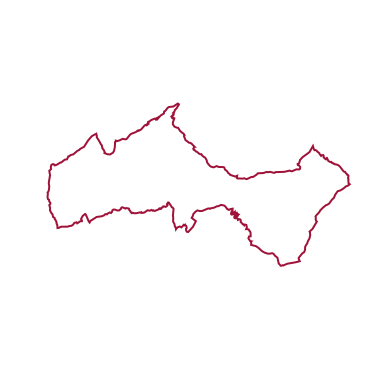 outline of Moieciu, Brasov, Romania, rotated 308°
{"feature_id": "2599482B36660136549746", "entity_name": "Moieciu", "entity_type": "district", "adm_level": 2, "iso_a3": "ROU", "parent_name": "Romania", "parent_adm1": "Brasov", "projection": "equal_earth", "projection_center": [25.317, 45.469], "detail": "fine", "context": "isolated", "style": "outline", "palette": "rose", "viewbox_px": 384, "rotation_deg": 308, "n_neighbors": 0, "source": "geoboundaries", "source_scale": "gbopen_adm2", "svg_char_len": 6082}
<svg xmlns="http://www.w3.org/2000/svg" viewBox="0 0 384 384"><g transform="rotate(308 192 192)"><path d="M203.8,319.5L205.2,317.0L206.0,316.6L211.6,316.7L213.7,317.4L216.0,316.7L218.3,315.0L220.6,314.5L222.3,314.5L224.2,313.7L227.9,313.1L230.9,311.6L232.8,309.8L233.2,309.0L236.9,309.7L245.6,308.6L245.8,307.3L246.7,306.2L247.9,305.5L248.7,304.4L249.8,304.3L254.3,304.7L256.7,304.4L260.8,304.9L264.4,305.8L265.5,306.6L267.5,307.2L272.0,307.0L274.9,307.4L278.1,306.5L282.3,306.3L284.5,307.9L288.0,309.2L291.1,309.8L293.3,311.1L295.2,311.5L295.1,310.2L297.5,307.9L298.2,307.7L298.6,306.9L299.2,306.6L299.3,306.2L301.1,305.4L301.4,304.3L301.1,303.5L301.6,302.7L301.5,301.7L302.1,300.3L301.6,298.9L301.7,298.2L303.1,292.9L303.2,290.9L302.6,288.8L301.8,287.5L301.9,286.8L301.5,286.4L301.6,285.4L301.1,284.8L301.5,283.3L300.8,282.8L300.4,280.4L301.9,277.4L301.6,277.2L300.4,277.7L300.1,277.2L300.3,274.5L301.4,273.7L301.9,272.8L301.1,272.1L301.1,271.7L299.9,271.5L300.6,268.9L301.0,268.3L301.0,265.7L301.3,264.7L301.1,263.5L300.4,262.9L300.4,262.5L300.8,261.6L302.7,259.0L295.6,260.0L287.6,257.7L283.8,257.4L281.2,258.5L280.2,258.6L279.1,258.0L278.4,258.8L278.8,259.7L278.4,261.7L277.6,262.5L276.6,262.8L275.9,262.7L274.0,260.3L270.2,258.2L269.4,257.4L269.0,255.8L264.7,252.3L259.1,245.6L257.7,245.1L255.9,241.0L254.5,239.9L253.7,238.4L250.9,236.6L247.3,232.4L245.5,232.2L241.7,231.0L240.3,229.5L235.8,227.2L234.9,224.6L233.9,223.9L230.7,219.5L230.6,218.8L232.6,217.6L230.8,216.6L229.0,211.5L229.4,210.5L229.2,208.9L230.0,207.0L230.0,204.2L231.2,202.3L230.9,201.3L228.2,197.7L227.6,195.5L224.7,193.8L223.7,191.5L223.6,190.0L224.2,186.9L224.9,185.3L226.0,184.1L227.2,181.2L226.9,179.3L227.1,177.1L227.6,176.2L227.0,175.5L226.6,174.3L226.7,171.1L226.3,169.9L226.7,168.1L226.3,167.5L226.8,166.4L227.7,166.4L228.8,165.7L229.2,166.2L229.8,162.0L229.7,160.4L229.0,159.4L229.0,156.0L228.8,155.2L230.9,151.5L232.0,151.3L232.0,150.6L232.5,150.4L232.7,149.6L232.7,145.3L234.0,141.6L233.2,140.0L232.7,137.9L233.6,135.2L235.1,134.1L239.2,132.7L239.0,131.5L238.2,131.5L238.2,130.3L238.8,129.9L238.9,129.3L239.7,129.6L241.0,129.4L241.2,130.0L243.2,129.0L243.0,128.5L244.5,128.6L246.4,128.0L248.0,128.3L252.8,127.9L253.1,127.5L252.9,126.3L247.9,124.7L244.8,121.5L243.3,121.0L239.3,121.0L238.3,120.5L236.6,121.5L233.0,120.2L230.1,120.0L230.5,119.8L230.5,119.5L229.4,119.3L228.7,119.7L228.5,119.1L227.8,119.7L226.8,119.2L227.1,117.6L223.7,115.6L221.0,114.9L220.6,114.4L220.2,114.3L219.9,114.6L220.1,114.9L219.4,115.0L219.0,115.8L218.3,115.5L218.3,115.2L217.9,115.4L217.3,115.1L217.1,115.4L216.6,115.2L216.6,114.8L217.4,114.7L215.3,113.7L210.1,113.4L208.9,113.0L207.9,112.1L207.6,112.4L207.2,112.1L207.5,111.8L207.1,111.4L204.7,110.9L200.3,108.2L198.8,107.9L193.3,107.8L192.3,106.8L191.2,104.6L188.0,103.1L186.1,101.7L185.6,100.4L185.0,101.0L184.0,100.6L179.8,103.6L176.2,105.3L174.3,105.5L171.1,104.3L169.6,101.9L168.8,99.0L169.6,98.8L170.8,96.5L171.2,94.5L172.0,93.9L172.3,93.1L173.2,92.3L173.6,90.6L175.0,87.6L176.5,83.2L177.5,82.6L179.0,80.7L174.7,78.8L173.2,78.6L168.6,78.4L161.2,79.1L157.0,77.3L155.8,77.3L154.1,76.4L148.6,75.3L146.2,73.5L144.6,73.3L144.0,72.6L140.8,73.4L139.1,71.8L134.8,70.8L134.3,70.2L130.3,68.7L128.4,67.4L128.8,66.0L128.3,65.2L126.9,64.5L125.0,65.2L123.2,66.8L120.8,66.5L117.8,69.8L111.0,73.5L108.5,76.1L106.0,77.7L103.9,78.6L102.7,78.5L101.9,79.5L99.0,81.3L97.7,82.9L97.8,84.2L96.7,85.3L96.2,87.1L95.4,87.7L93.8,87.6L92.1,90.0L90.1,91.4L88.7,94.4L88.7,95.6L86.8,97.9L87.0,99.7L86.0,100.8L85.8,102.1L84.5,104.2L83.6,104.8L83.2,106.0L80.8,108.2L82.1,109.4L83.2,109.7L84.5,110.7L88.2,115.4L89.7,116.3L90.9,117.6L92.7,118.4L95.3,118.3L97.0,119.7L96.6,120.8L100.2,122.0L101.2,123.2L101.8,122.8L102.4,121.2L105.7,120.6L108.7,121.2L109.0,121.6L108.6,122.7L105.2,128.8L104.9,130.1L106.7,129.8L113.6,132.2L117.3,135.8L119.5,137.1L120.9,137.2L121.7,137.9L121.9,138.7L123.4,138.9L125.4,139.9L125.6,141.1L126.9,141.2L128.9,140.5L129.9,141.0L130.7,142.1L131.4,144.4L132.6,145.9L135.0,146.4L136.1,146.0L137.1,146.5L138.0,149.8L138.8,150.0L140.0,152.2L140.0,152.8L139.2,153.6L139.0,155.1L138.6,155.5L138.3,156.8L138.7,157.3L138.4,157.7L139.3,158.4L139.8,159.8L141.4,161.6L143.3,163.0L144.0,163.8L144.2,164.6L144.9,164.6L144.9,165.7L146.5,167.1L150.2,168.2L151.4,170.4L152.9,171.1L153.1,172.6L153.7,172.7L154.1,174.3L158.1,176.6L158.6,176.3L159.4,176.7L159.3,177.7L159.7,178.0L161.2,177.8L161.9,178.4L163.0,178.2L163.5,178.8L164.0,180.4L166.2,181.0L166.7,180.7L166.7,180.1L167.0,179.7L169.1,179.6L169.4,180.6L168.9,181.3L168.5,183.2L167.6,185.4L167.8,186.5L167.4,187.8L161.4,191.7L160.5,192.8L157.0,195.4L155.9,198.0L154.2,199.8L154.1,200.9L152.8,202.3L154.1,202.2L156.1,202.8L157.3,203.7L157.6,205.5L161.0,205.7L160.9,206.4L161.9,206.7L161.5,207.2L161.8,208.1L161.1,209.2L160.4,210.0L159.5,209.9L158.6,210.5L158.0,211.2L157.5,212.4L158.1,213.6L165.2,214.2L171.4,213.0L171.4,207.7L173.5,207.4L175.7,206.6L178.6,206.9L180.8,207.6L181.9,210.1L183.5,211.8L188.7,214.7L189.7,215.7L189.7,216.4L190.8,216.9L193.3,219.1L196.1,220.4L196.9,221.4L199.7,222.8L201.1,225.6L201.2,226.4L200.7,229.0L200.2,229.8L200.5,230.4L200.4,231.7L200.6,232.2L202.1,232.7L203.9,234.3L201.5,235.9L200.9,235.7L200.9,235.3L199.4,235.8L198.6,236.5L198.6,237.2L199.5,238.0L200.3,237.1L202.8,237.9L201.7,238.7L202.3,239.3L202.0,239.8L203.2,240.1L202.8,240.9L203.0,242.5L200.9,241.9L201.3,240.2L200.7,239.7L198.4,241.2L198.1,240.9L197.7,241.5L197.9,242.2L199.5,242.1L200.3,241.7L201.0,242.1L201.1,242.7L198.9,242.7L198.8,243.7L199.1,244.6L198.3,245.4L200.0,246.4L199.9,247.7L198.3,248.9L198.1,251.4L197.8,251.7L198.1,253.0L197.9,253.6L198.7,253.4L199.5,255.0L198.1,256.9L196.2,257.5L196.8,258.0L196.7,258.5L197.4,259.6L196.7,261.2L196.7,262.0L195.9,263.3L193.2,265.5L192.0,264.3L190.2,265.0L189.2,268.0L189.7,269.1L189.0,268.9L188.2,270.2L186.7,271.1L188.7,275.8L188.9,278.9L188.5,283.3L188.9,286.4L190.1,289.7L191.3,291.3L193.1,292.8L193.5,294.4L192.9,296.5L192.8,299.8L189.1,304.3L188.5,307.3L189.0,307.9L190.0,308.4L190.2,309.1L194.2,311.3L200.4,316.9L203.8,319.5Z" fill="none" stroke="#9f1239" stroke-width="2"/></g></svg>